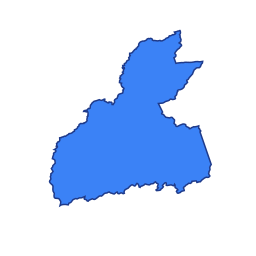 Campo Novo de Rondônia, Rondônia, Brazil, rotated 71°
{"feature_id": "56859067B44422974522674", "entity_name": "Campo Novo de Rondônia", "entity_type": "district", "adm_level": 2, "iso_a3": "BRA", "parent_name": "Brazil", "parent_adm1": "Rondônia", "projection": "equal_earth", "projection_center": [-63.833, -10.498], "detail": "fine", "context": "isolated", "style": "filled", "palette": "blue", "viewbox_px": 256, "rotation_deg": 71, "n_neighbors": 0, "source": "geoboundaries", "source_scale": "gbopen_adm2", "svg_char_len": 5785}
<svg xmlns="http://www.w3.org/2000/svg" viewBox="0 0 256 256"><g transform="rotate(71 128 128)"><path d="M179.3,217.6L179.0,216.2L179.2,214.3L179.9,212.1L180.3,211.2L180.7,210.6L181.2,209.4L179.9,208.5L179.8,206.6L179.4,205.6L178.0,203.7L177.7,201.8L177.7,200.4L178.5,199.2L178.2,196.6L178.8,195.1L178.9,194.2L178.7,191.0L180.0,191.8L180.6,192.5L181.3,192.2L181.9,191.2L182.5,190.7L183.8,190.3L184.2,189.3L183.6,188.5L183.3,184.7L184.1,184.0L184.6,183.0L184.6,182.1L183.9,179.7L183.1,177.6L183.1,176.5L183.7,175.4L183.5,174.3L182.3,171.8L182.2,170.7L182.6,169.0L182.3,167.8L182.4,166.6L183.7,165.7L184.4,164.6L185.5,163.3L185.9,162.4L185.1,160.1L185.0,159.1L186.6,158.9L187.3,157.9L187.0,156.0L187.4,154.9L188.1,154.5L188.6,153.7L188.5,152.7L187.4,152.7L186.1,151.8L185.5,151.0L185.1,149.1L185.0,147.6L183.8,145.4L183.0,143.3L183.2,142.3L184.6,141.1L185.1,140.4L184.6,139.3L183.9,138.6L183.3,137.5L184.0,136.9L185.1,136.7L185.8,136.5L187.4,136.7L188.1,135.9L187.6,135.4L187.3,134.4L187.4,133.3L187.0,130.9L186.5,130.1L186.8,129.4L187.4,128.8L188.7,126.5L188.7,125.7L188.3,124.8L188.8,122.2L188.6,121.5L188.1,120.8L187.9,119.5L189.4,119.0L190.3,117.9L191.3,117.9L193.3,119.5L194.3,118.8L195.1,120.0L195.7,121.7L196.4,121.5L196.8,120.4L197.2,118.5L197.2,117.4L196.6,116.9L196.0,115.1L195.1,113.7L193.7,114.2L193.2,113.5L191.9,111.1L192.0,110.0L192.7,109.8L194.6,110.5L195.1,109.8L195.8,105.7L197.4,103.9L197.1,102.9L196.4,102.3L197.3,102.1L198.4,102.6L199.7,102.8L201.6,101.4L202.8,101.0L203.2,102.3L203.8,102.9L204.7,102.6L205.6,102.5L206.0,101.7L206.0,99.6L205.3,98.0L205.5,95.2L204.1,95.0L202.7,95.1L202.1,94.6L201.9,93.6L200.8,91.5L200.7,90.2L200.0,88.7L200.7,87.1L200.3,85.6L199.2,84.9L200.2,80.8L201.0,80.5L201.9,80.6L202.1,79.6L201.9,78.9L202.4,77.0L201.4,75.5L200.2,72.0L200.0,70.0L200.5,69.2L200.8,67.9L200.5,66.9L200.0,66.2L198.4,66.6L197.3,66.6L196.6,66.0L195.7,65.7L194.6,64.5L193.7,63.9L192.2,63.7L191.5,63.2L190.9,62.8L189.6,61.2L155.1,61.2L154.6,60.2L154.0,60.2L153.0,60.8L152.1,60.6L151.3,61.3L149.0,60.4L149.0,62.0L148.6,64.7L148.2,65.4L148.4,67.8L148.8,69.2L148.6,70.2L147.6,70.2L145.9,72.0L145.0,72.6L143.5,72.4L142.5,73.7L142.1,74.8L142.2,77.8L142.6,81.0L142.1,81.9L141.1,82.0L140.5,81.8L139.6,82.5L138.7,83.0L136.4,81.7L135.4,81.4L133.4,82.4L132.5,82.7L131.9,83.7L132.0,85.4L130.1,88.8L128.0,89.7L126.8,90.0L125.8,91.4L125.1,91.4L124.2,90.1L114.7,91.3L115.7,87.2L115.7,86.2L115.2,83.9L115.3,81.0L115.2,80.0L114.6,79.0L114.6,78.1L115.7,76.4L115.9,74.2L115.4,73.5L114.5,73.6L113.6,73.4L112.5,71.3L110.0,69.8L109.6,69.0L108.8,69.0L108.4,68.1L108.8,65.7L108.6,63.8L107.8,62.0L107.3,61.5L105.9,60.6L105.4,59.6L105.1,58.4L104.1,56.8L102.9,57.1L102.0,56.9L101.6,55.2L100.4,53.8L97.8,49.2L97.2,48.9L94.6,46.5L94.3,45.8L94.1,44.9L93.6,44.1L93.5,43.3L94.2,40.9L93.6,39.6L91.5,37.8L90.8,36.5L89.3,35.7L88.8,38.5L87.8,40.7L87.3,42.3L87.0,44.4L86.6,46.5L86.1,48.2L84.4,52.7L84.2,54.5L83.6,56.0L82.6,60.4L82.5,61.6L76.5,61.7L76.4,60.8L75.8,59.5L75.1,59.1L74.3,58.9L73.5,59.3L72.7,59.5L72.0,58.9L70.5,56.7L69.6,54.8L69.3,53.5L68.2,52.0L67.6,50.6L67.0,50.4L65.9,50.7L64.2,52.0L63.5,50.1L61.8,49.1L59.7,49.1L59.1,49.3L58.0,48.7L56.5,48.9L56.0,48.0L55.1,47.4L53.4,47.0L52.7,47.2L52.8,48.3L52.6,49.5L52.7,50.5L52.4,52.9L53.3,52.7L54.1,52.2L54.5,52.8L54.7,54.6L54.3,55.1L54.7,57.6L54.3,58.9L55.5,60.2L55.6,62.9L56.2,63.9L56.7,67.1L56.4,68.6L55.6,69.2L55.5,70.5L55.2,71.9L53.9,74.4L53.8,75.2L52.9,76.3L52.4,76.1L51.5,76.3L51.0,76.8L50.5,77.7L50.6,78.6L50.0,79.6L50.1,81.0L50.8,81.8L51.1,84.2L50.6,85.9L50.6,87.8L50.9,88.9L51.4,89.7L52.2,90.6L53.8,91.2L54.5,92.7L55.1,93.2L55.3,94.3L56.0,94.6L55.9,95.4L56.1,96.2L56.8,97.3L57.1,98.0L57.7,98.8L58.2,99.8L58.1,100.6L58.2,101.4L57.9,102.1L59.5,102.7L60.1,102.3L60.6,103.0L61.2,103.3L61.6,104.4L62.5,104.5L63.1,104.3L63.8,104.9L64.1,107.1L65.8,108.8L65.8,109.6L66.1,110.6L67.6,110.9L67.2,112.6L68.1,112.6L69.0,113.7L69.7,113.7L69.7,111.9L70.7,112.1L71.3,113.3L73.1,114.0L73.4,115.1L74.8,114.6L75.8,116.9L76.3,117.5L76.3,118.4L77.2,118.6L78.1,119.6L79.0,118.9L79.6,119.3L80.1,120.3L82.3,121.3L83.6,119.5L84.3,120.3L85.8,120.4L86.8,120.3L87.3,119.8L87.9,119.9L88.6,119.1L89.5,119.0L90.1,119.7L90.5,120.6L91.1,120.3L93.2,121.7L93.1,125.1L93.3,126.0L94.0,127.0L94.6,127.1L95.3,127.9L96.3,128.5L96.6,130.4L97.0,131.4L97.5,131.9L98.2,131.9L99.5,132.4L100.1,133.4L101.0,134.4L100.6,135.4L99.0,135.0L98.2,135.3L97.8,136.5L97.2,137.4L97.9,138.1L97.4,139.1L96.2,140.0L95.3,141.1L94.6,141.6L93.8,140.7L93.1,140.6L93.0,141.7L93.3,143.2L93.3,144.0L92.6,145.2L91.9,145.9L91.9,148.8L91.7,151.4L92.8,154.1L93.8,155.2L94.1,155.9L94.8,156.4L96.8,157.3L97.1,158.0L96.6,159.0L97.7,161.1L97.3,163.9L97.9,164.5L98.2,163.5L99.3,162.0L99.0,161.0L100.0,160.8L101.9,161.2L102.7,161.8L103.6,161.8L103.9,162.9L105.2,163.2L106.2,164.0L107.8,164.3L108.9,166.3L108.8,168.0L109.3,168.2L108.8,170.2L108.3,171.3L108.8,173.1L110.2,173.9L110.6,175.3L111.4,175.7L112.1,176.9L112.2,177.8L112.3,179.2L113.6,179.7L113.7,181.1L114.2,181.9L114.5,183.7L114.1,185.7L114.6,186.2L115.0,188.4L115.5,189.8L115.0,190.8L115.3,192.2L115.0,193.2L115.4,194.2L115.1,194.9L115.0,195.8L117.1,196.4L117.7,196.7L118.4,197.7L118.4,199.1L119.1,199.6L119.4,200.6L120.4,200.7L122.1,201.8L122.3,200.8L122.9,200.9L123.5,201.7L124.0,202.8L124.4,204.7L124.9,203.9L126.1,203.6L126.8,204.0L127.1,204.8L127.3,206.0L127.9,206.7L128.8,206.9L130.4,208.2L132.4,209.5L133.3,208.4L134.7,207.6L137.6,208.3L139.1,211.3L140.2,211.9L141.4,213.7L144.7,213.0L145.8,214.7L146.2,215.9L147.7,216.3L148.6,217.2L151.0,217.5L151.6,218.0L152.2,219.0L153.3,219.7L154.8,219.4L157.7,217.9L159.0,218.0L161.5,219.0L163.2,219.4L165.7,219.0L166.4,219.2L167.4,219.8L169.2,220.3L169.9,220.2L170.7,219.7L172.0,216.8L172.7,216.2L175.2,215.6L175.8,215.6L177.1,216.1L179.3,217.6Z" fill="#3b82f6" stroke="#1e3a8a" stroke-width="1.5"/></g></svg>